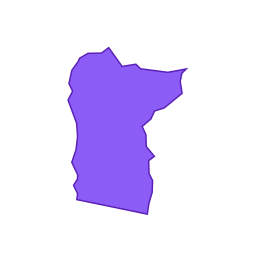 outline of Crockett, Tennessee, United States of America, rotated 61°
{"feature_id": "52423323B19626244489091", "entity_name": "Crockett", "entity_type": "district", "adm_level": 2, "iso_a3": "USA", "parent_name": "United States of America", "parent_adm1": "Tennessee", "projection": "equal_earth", "projection_center": [-89.156, 35.835], "detail": "fine", "context": "isolated", "style": "filled", "palette": "violet", "viewbox_px": 256, "rotation_deg": 61, "n_neighbors": 0, "source": "geoboundaries", "source_scale": "gbopen_adm2", "svg_char_len": 626}
<svg xmlns="http://www.w3.org/2000/svg" viewBox="0 0 256 256"><g transform="rotate(61 128 128)"><path d="M48.4,105.9L49.6,114.9L43.3,126.8L43.5,136.5L45.6,139.2L50.3,149.1L60.5,158.1L69.0,158.6L74.5,166.9L98.9,170.6L110.9,176.2L121.6,183.8L130.8,193.8L144.5,194.7L148.2,197.0L151.7,203.4L160.9,203.9L165.8,207.5L212.7,152.9L204.2,146.4L195.8,137.9L185.9,132.0L177.9,131.6L166.6,125.8L165.6,118.7L153.0,121.0L142.6,115.6L133.5,114.9L131.2,103.6L126.0,96.5L128.0,86.6L123.9,63.9L112.5,59.7L106.2,54.3L104.6,48.5L98.6,66.2L82.3,88.3L76.0,90.2L71.3,103.3L48.4,105.9Z" fill="#8b5cf6" stroke="#5b21b6" stroke-width="1.5"/></g></svg>